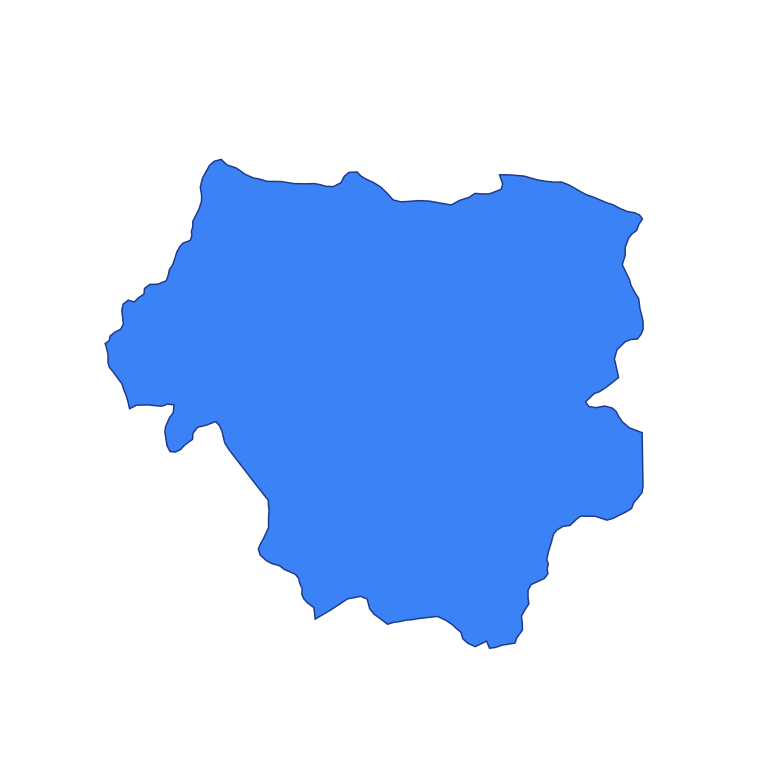 Jaboticabal, São Paulo, Brazil (Natural Earth projection), rotated 287°
{"feature_id": "56859067B8414745148064", "entity_name": "Jaboticabal", "entity_type": "district", "adm_level": 2, "iso_a3": "BRA", "parent_name": "Brazil", "parent_adm1": "São Paulo", "projection": "natural_earth1", "projection_center": [-48.295, -21.21], "detail": "fine", "context": "isolated", "style": "filled", "palette": "blue", "viewbox_px": 768, "rotation_deg": 287, "n_neighbors": 0, "source": "geoboundaries", "source_scale": "gbopen_adm2", "svg_char_len": 3291}
<svg xmlns="http://www.w3.org/2000/svg" viewBox="0 0 768 768"><g transform="rotate(287 384 384)"><path d="M578.9,296.2L576.1,288.6L571.1,285.3L563.9,284.0L558.0,277.9L556.0,270.5L556.0,264.9L555.3,258.8L552.7,251.1L549.3,239.2L547.5,226.1L543.6,213.1L543.6,205.8L542.9,198.7L543.9,190.0L547.3,179.8L547.6,169.7L551.2,162.7L547.5,156.7L542.5,153.4L535.0,151.7L527.3,150.2L518.5,150.8L511.4,154.3L505.6,156.0L497.6,156.0L489.4,154.6L483.6,153.6L478.8,155.1L473.8,155.2L469.2,156.9L464.6,156.7L460.0,150.6L455.4,148.5L449.7,147.3L443.9,147.3L436.6,147.1L430.4,145.3L425.4,145.9L419.0,145.6L413.2,138.4L410.7,130.8L405.3,127.0L400.0,128.2L394.6,123.9L389.4,121.2L389.4,114.9L384.1,111.2L377.7,111.7L372.1,114.2L365.3,117.2L359.5,116.3L355.1,111.7L349.9,108.1L345.0,108.5L341.2,105.5L337.3,108.2L331.2,111.6L323.7,113.8L319.8,116.4L315.6,122.5L310.6,129.1L307.7,133.2L302.7,136.6L298.3,140.4L292.6,144.1L286.0,147.9L291.4,153.6L293.6,160.1L295.3,165.4L296.3,171.1L297.8,178.0L301.4,182.6L302.7,189.3L294.9,190.8L289.0,188.7L279.5,187.6L274.0,188.5L261.6,194.5L256.8,199.2L258.0,204.4L261.9,208.7L266.3,210.7L270.7,213.7L275.1,217.1L280.9,215.7L288.0,218.3L292.9,226.4L298.8,233.9L296.3,238.5L291.9,242.6L281.0,249.0L275.8,255.1L249.5,292.1L239.0,307.3L234.1,309.0L229.8,311.0L222.9,312.5L212.9,315.6L199.5,313.7L194.4,312.5L189.5,312.1L184.2,315.6L180.7,323.0L179.5,329.3L179.7,337.1L177.5,343.0L176.9,348.7L176.1,354.8L173.3,359.1L168.3,362.0L164.6,365.4L158.7,367.0L154.9,370.4L152.2,375.1L149.7,382.2L144.7,384.6L139.0,386.9L147.0,394.2L152.7,399.4L167.8,411.9L170.7,417.4L174.1,423.7L173.5,430.7L169.3,433.3L164.9,436.0L161.0,441.7L158.4,449.3L155.3,457.7L159.0,463.1L161.5,468.7L164.6,473.9L166.6,479.3L169.3,484.5L172.9,492.7L177.4,503.2L176.1,512.2L173.9,519.6L171.3,524.8L169.1,530.1L163.4,533.9L160.6,539.9L159.5,548.0L163.2,552.0L168.1,557.2L162.2,562.2L164.6,567.5L168.8,573.3L174.6,585.1L179.9,585.1L189.1,588.3L195.3,586.4L202.2,583.3L209.5,584.9L216.1,586.8L221.8,584.2L229.1,582.0L235.3,583.4L241.0,589.8L244.9,594.2L250.3,596.2L255.2,594.0L259.8,593.8L263.9,590.9L271.7,590.3L283.2,590.3L289.8,590.0L294.9,592.0L300.4,597.0L303.0,603.1L310.8,607.5L315.1,610.6L316.8,616.4L319.3,624.8L319.0,637.0L322.6,642.5L327.5,647.5L332.0,652.4L337.3,657.1L343.5,657.5L350.2,660.4L355.6,662.5L361.9,661.6L412.9,645.1L413.8,631.4L417.7,622.7L421.4,618.1L425.5,614.1L427.7,609.5L427.5,601.7L423.3,593.5L422.4,586.4L425.8,582.0L431.6,585.1L436.6,588.1L439.5,592.1L445.3,597.0L451.4,601.4L458.8,606.4L468.5,601.0L475.3,597.0L484.8,596.8L494.8,602.2L498.7,606.9L501.1,613.2L506.8,615.3L512.1,615.8L519.2,613.6L525.0,610.4L530.7,606.8L539.9,602.7L545.0,597.0L550.2,591.6L555.8,588.1L561.1,583.1L567.7,577.0L578.0,577.0L585.2,574.7L595.5,575.3L600.1,577.3L604.7,580.7L611.4,581.1L617.4,582.9L620.4,579.0L621.0,573.5L620.1,566.8L620.7,559.0L622.4,550.4L622.4,544.0L624.0,529.2L624.1,523.4L625.2,516.7L627.0,509.1L628.4,502.6L629.0,494.5L626.7,487.5L625.3,480.2L624.1,471.9L623.8,457.3L620.9,443.7L617.9,433.3L610.0,439.0L604.4,439.1L596.5,429.0L594.6,422.9L592.9,415.3L587.3,410.7L581.7,402.6L574.8,395.9L572.2,374.1L569.4,363.2L566.3,355.4L563.1,346.9L562.7,338.9L567.5,331.0L571.4,323.2L573.6,315.1L574.8,306.4L576.1,301.2L578.9,296.2Z" fill="#3b82f6" stroke="#1e3a8a" stroke-width="1.5"/></g></svg>